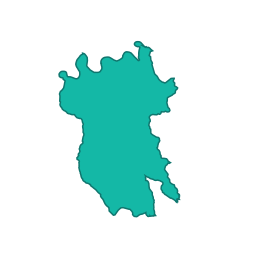 Varadia De Mures, Arad, Romania (Albers equal-area conic projection), rotated 135°
{"feature_id": "2599482B27898501317074", "entity_name": "Varadia De Mures", "entity_type": "district", "adm_level": 2, "iso_a3": "ROU", "parent_name": "Romania", "parent_adm1": "Arad", "projection": "albers", "projection_center": [22.152, 46.066], "detail": "fine", "context": "isolated", "style": "filled", "palette": "teal", "viewbox_px": 256, "rotation_deg": 135, "n_neighbors": 0, "source": "geoboundaries", "source_scale": "gbopen_adm2", "svg_char_len": 5831}
<svg xmlns="http://www.w3.org/2000/svg" viewBox="0 0 256 256"><g transform="rotate(135 128 128)"><path d="M149.8,201.7L152.4,200.5L153.2,199.1L154.1,198.1L157.3,195.2L157.3,194.2L159.3,192.8L159.7,192.5L160.3,191.2L160.7,188.6L161.1,187.8L160.9,185.5L160.4,184.3L160.2,182.6L160.4,181.2L160.1,180.8L160.0,180.3L159.1,179.0L158.4,177.4L157.4,176.2L156.7,175.7L156.4,175.3L156.8,173.3L156.8,171.3L155.4,168.8L154.8,168.3L154.6,167.8L154.7,166.4L156.3,163.9L156.8,162.3L158.6,161.5L159.3,160.8L160.9,158.5L162.7,156.8L162.9,156.5L162.9,156.3L163.3,155.2L164.1,154.3L165.1,153.8L166.1,153.4L169.6,151.0L169.5,150.4L170.5,149.3L171.0,149.2L173.5,149.4L174.2,149.2L175.0,148.9L176.2,148.0L176.8,147.9L177.3,147.6L177.8,146.6L178.5,145.5L180.6,144.7L181.3,144.8L182.2,144.1L182.4,143.3L183.2,143.3L184.1,143.0L185.1,143.1L185.9,142.2L186.2,141.7L185.7,140.5L185.7,139.7L186.0,138.8L187.1,138.3L188.1,137.0L189.2,136.0L189.4,135.5L190.4,135.0L190.9,134.4L192.5,131.9L193.0,130.5L193.7,129.8L194.2,128.6L194.6,128.2L194.8,127.5L195.2,127.2L195.8,126.1L196.1,125.3L196.1,124.1L196.6,123.6L196.9,122.3L196.8,121.5L196.5,120.4L196.6,119.1L196.1,118.1L195.6,117.5L194.9,115.7L195.0,115.1L194.7,115.0L194.6,114.4L195.2,113.3L194.8,111.0L194.8,110.2L194.6,108.5L194.4,107.1L194.7,103.3L194.3,100.3L195.5,99.3L196.0,97.9L196.1,95.5L196.6,93.9L197.4,91.9L198.0,89.9L198.1,87.8L197.8,85.4L198.7,84.1L200.0,82.6L200.0,78.2L200.0,76.7L198.7,75.8L193.0,76.8L189.6,76.6L187.8,75.2L185.0,70.3L184.1,69.1L184.2,66.1L184.8,64.5L185.9,63.6L186.1,62.6L186.1,61.1L184.6,59.2L183.9,58.9L182.3,58.7L180.8,58.4L179.5,57.6L178.7,57.0L176.5,56.2L176.0,55.7L175.2,55.6L176.1,54.5L176.5,53.2L176.4,52.5L176.5,51.6L176.2,51.1L174.9,50.2L174.6,50.4L174.7,50.0L174.3,49.6L172.0,47.9L172.2,48.1L171.6,48.0L172.0,47.7L171.4,47.4L170.4,46.6L170.1,48.3L168.3,50.3L167.1,52.6L166.0,53.4L163.6,56.2L162.1,56.9L161.5,57.9L160.6,58.4L160.1,60.2L159.1,61.2L158.2,63.4L156.5,65.2L155.8,69.9L154.4,71.9L152.4,74.2L151.7,75.9L151.8,77.4L152.5,78.2L152.5,78.6L151.3,79.6L150.7,80.7L149.7,81.3L149.5,81.8L149.2,80.2L148.3,78.3L148.0,76.4L146.5,73.9L146.2,72.5L145.5,71.4L143.9,70.2L142.5,67.8L142.5,67.2L142.0,65.8L142.0,65.3L142.1,64.6L142.8,63.8L143.6,63.5L145.4,63.3L146.3,62.7L147.6,61.6L148.0,60.8L148.1,59.3L148.4,58.9L148.8,58.6L149.0,58.2L149.0,57.7L148.7,57.1L148.6,56.7L148.8,56.3L148.9,54.9L148.7,54.7L147.6,48.4L147.0,47.9L146.3,45.4L145.9,43.3L146.2,42.2L146.0,40.7L145.4,40.9L145.4,41.1L145.5,41.7L145.2,41.3L145.1,41.8L144.9,41.9L144.6,41.6L144.4,42.3L144.1,42.9L143.9,43.0L143.8,42.5L143.4,42.2L143.4,43.0L143.2,43.0L143.0,42.4L142.1,41.3L141.9,41.9L141.9,42.3L141.5,42.6L140.3,42.9L140.3,43.4L139.8,44.1L139.1,44.1L139.1,44.9L138.7,44.3L139.1,46.9L138.7,47.6L137.5,48.3L136.7,49.8L136.4,50.9L136.8,52.3L136.4,53.6L135.5,55.0L136.3,56.7L136.8,58.9L136.5,60.4L135.1,62.1L134.9,63.5L134.8,65.4L132.4,67.0L131.7,71.7L131.3,73.0L128.5,74.5L127.6,74.7L126.5,74.4L124.7,74.9L124.3,74.3L123.9,73.9L122.5,73.5L123.1,76.1L122.7,77.2L122.5,78.9L123.7,80.7L125.2,82.3L125.6,83.2L125.1,84.4L124.4,84.7L123.9,86.4L123.6,87.0L122.9,87.8L122.3,88.9L121.9,90.1L122.1,92.1L121.4,93.6L120.4,93.6L119.7,94.3L116.8,96.0L115.7,96.1L114.5,96.6L114.1,97.5L113.2,98.5L113.2,99.8L114.4,101.5L115.5,106.0L115.6,108.1L112.8,111.1L112.9,112.2L111.9,113.3L111.4,115.2L108.6,117.1L107.8,116.9L106.7,117.9L105.7,120.2L105.1,120.8L103.3,121.0L102.4,120.8L100.8,120.0L100.1,119.0L98.6,117.3L98.1,116.9L97.0,116.8L96.6,116.7L96.2,115.6L95.8,115.2L94.7,115.1L94.0,115.3L93.2,115.8L92.7,115.8L92.3,115.1L91.2,114.0L90.5,113.6L89.8,113.5L89.5,113.1L89.1,111.9L88.4,111.1L87.3,110.5L86.1,110.7L85.7,111.2L85.0,112.7L85.2,113.5L85.1,114.3L83.0,117.9L82.1,119.0L81.2,119.3L79.3,121.1L78.5,121.5L77.3,121.2L73.6,120.0L72.1,120.0L70.3,119.4L69.9,119.5L69.2,119.8L68.7,120.4L67.8,120.8L67.2,121.0L66.1,120.7L64.6,121.2L64.5,121.4L64.6,121.9L64.8,123.3L65.2,124.2L65.2,124.9L64.9,125.3L63.2,126.7L63.1,127.1L63.2,127.8L63.0,128.8L62.7,129.3L62.0,129.7L60.5,130.2L60.2,130.5L61.0,131.3L62.5,132.6L69.4,133.4L70.3,134.0L70.3,134.4L70.6,134.8L70.6,135.2L71.3,136.1L71.8,139.0L71.8,140.5L70.8,144.0L70.9,147.0L70.7,147.8L69.6,149.8L66.1,156.1L65.1,156.4L64.8,156.8L64.4,157.8L64.0,159.4L63.7,160.0L61.6,162.5L61.6,162.9L61.8,164.0L61.7,164.3L58.1,166.2L56.0,165.2L56.2,167.2L56.2,169.4L56.4,170.2L56.7,170.8L57.6,171.4L57.7,172.7L58.2,172.9L58.6,172.8L59.5,176.0L58.7,175.2L58.6,176.9L58.5,179.5L58.9,180.7L59.7,181.8L60.5,182.6L61.5,183.2L62.4,183.4L63.2,183.3L63.9,183.0L64.4,182.4L64.6,181.3L64.5,180.6L64.2,179.8L63.8,178.8L63.2,178.4L62.4,176.9L62.5,176.7L65.6,174.8L67.4,173.4L69.2,171.5L70.4,170.8L71.1,169.8L71.8,168.0L72.7,168.0L73.1,168.6L73.0,170.8L73.1,173.7L72.9,175.9L72.8,178.9L73.6,180.9L74.6,182.2L75.5,183.2L77.1,183.7L78.3,183.5L80.6,182.8L81.2,182.2L81.9,181.8L82.9,181.6L85.9,182.2L88.2,183.1L88.8,183.6L89.9,186.1L90.5,188.9L91.2,191.2L91.9,192.2L93.2,193.4L94.9,194.6L96.2,195.0L97.4,195.1L98.6,194.9L99.8,194.4L101.5,192.9L101.6,192.6L101.0,193.0L101.0,192.8L101.4,192.2L102.0,191.9L102.0,192.0L103.2,189.8L103.9,189.0L104.9,188.2L107.8,187.6L109.0,187.9L110.2,188.8L112.7,191.4L113.7,195.7L113.5,200.3L113.1,201.3L109.1,204.3L107.0,206.7L106.6,208.3L106.3,210.6L106.5,211.7L107.2,213.0L107.8,212.2L109.2,212.8L110.7,212.9L112.3,212.6L115.5,212.3L116.9,211.8L118.7,210.8L119.8,210.0L120.7,208.6L121.2,207.2L121.4,206.1L122.2,203.3L122.3,202.1L124.0,200.1L125.8,198.9L127.5,198.6L128.8,198.7L129.5,199.1L130.4,200.2L131.6,203.0L132.5,204.8L134.3,206.8L134.2,207.8L132.4,210.7L132.3,211.7L132.7,212.7L133.9,214.1L135.2,215.1L136.5,215.3L138.1,215.1L139.0,214.5L140.1,212.9L140.0,212.1L139.7,210.9L138.7,209.6L138.8,209.0L139.4,208.3L139.2,207.0L139.2,205.7L140.9,204.7L142.4,203.6L144.9,202.0L145.9,201.7L148.9,201.4L149.8,201.7Z" fill="#14b8a6" stroke="#0f766e" stroke-width="1.5"/></g></svg>